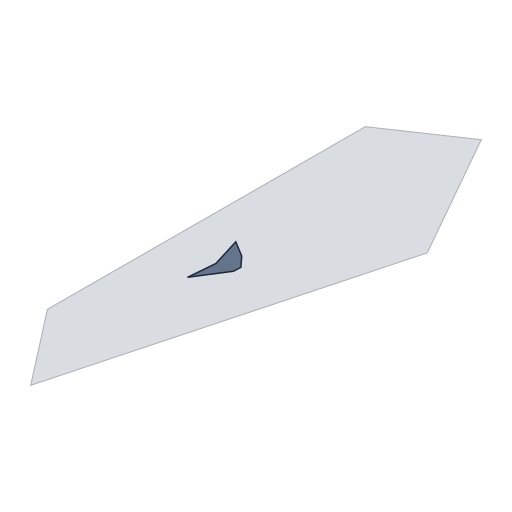 location of Sandy Ground within Anguilla
{"feature_id": "AIA-5120", "entity_name": "Sandy Ground", "entity_type": "District", "adm_level": 1, "iso_a3": "AIA", "parent_name": "Anguilla", "parent_adm1": "", "projection": "mercator", "projection_center": [-63.084, 18.219], "detail": "fine", "context": "in_parent", "style": "filled", "palette": "slate", "viewbox_px": 512, "rotation_deg": 0, "n_neighbors": 0, "source": "natural_earth", "source_scale": "10m", "svg_char_len": 348}
<svg xmlns="http://www.w3.org/2000/svg" viewBox="0 0 512 512"><path d="M427.3,252.8L30.7,385.3L47.4,309.3L365.3,126.7L481.3,139.7L427.3,252.8Z" fill="#d9dde1" stroke="#a8b0b8" stroke-width="1"/><path d="M187.5,277.3L215.9,263.5L235.8,241.8L241.7,256.1L240.9,267.3L233.5,271.2L187.5,277.3Z" fill="#64748b" stroke="#1e293b" stroke-width="1.5"/></svg>